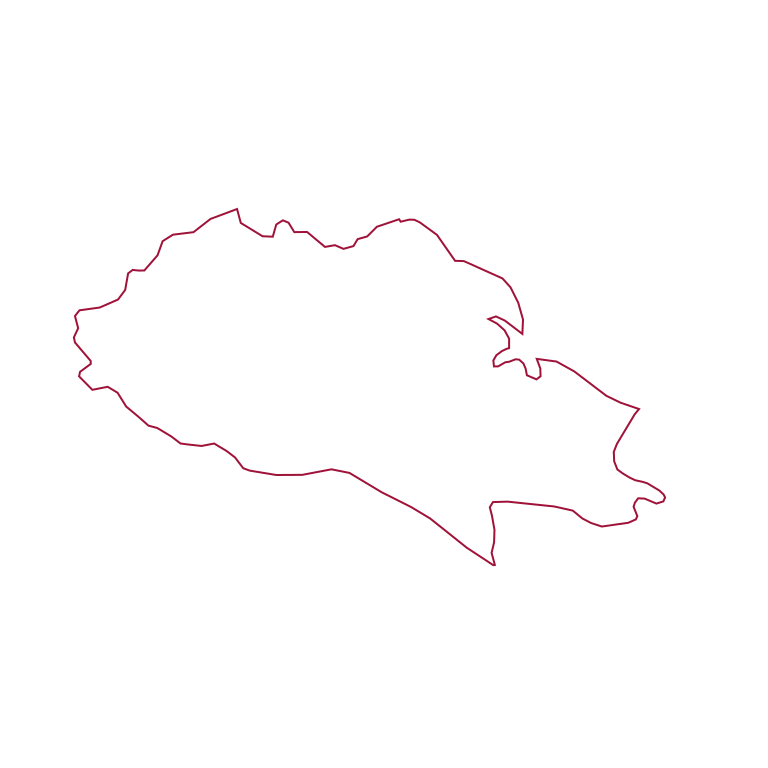 an SVG outline of Carmarthenshire, rotated 211°
{"feature_id": "GBR-2104", "entity_name": "Carmarthenshire", "entity_type": "Unitary Authority (wales)", "adm_level": 1, "iso_a3": "GBR", "parent_name": "United Kingdom", "parent_adm1": "", "projection": "natural_earth1", "projection_center": [-4.236, 51.894], "detail": "fine", "context": "isolated", "style": "outline", "palette": "rose", "viewbox_px": 768, "rotation_deg": 211, "n_neighbors": 0, "source": "natural_earth", "source_scale": "10m", "svg_char_len": 1935}
<svg xmlns="http://www.w3.org/2000/svg" viewBox="0 0 768 768"><g transform="rotate(211 384 384)"><path d="M455.9,533.0L453.3,531.7L447.0,537.9L442.6,540.4L436.5,541.0L415.4,539.1L386.5,526.2L378.8,530.5L336.8,535.5L325.3,532.0L310.8,522.8L298.0,510.8L291.2,498.2L313.2,500.6L322.8,499.6L327.9,493.5L318.1,494.0L308.3,492.1L300.1,487.3L295.2,479.1L296.8,477.6L299.9,472.9L302.5,466.6L302.4,460.5L298.8,455.7L295.3,457.8L291.2,465.1L288.2,467.5L283.9,473.0L280.6,474.5L275.1,473.4L270.6,470.2L266.0,465.1L255.7,466.5L253.8,471.3L258.0,477.8L266.0,484.2L247.7,492.1L227.4,492.8L187.2,488.4L171.6,489.8L152.5,493.9L152.6,493.2L153.5,487.2L153.5,475.6L153.5,462.9L153.5,452.7L152.1,444.2L146.9,436.3L139.9,430.9L132.8,430.3L125.2,430.3L119.1,430.9L112.0,433.3L107.2,434.5L100.2,434.5L93.1,434.5L87.4,433.3L84.6,431.5L84.1,427.2L88.9,421.8L101.6,420.0L107.3,416.9L107.8,411.5L106.8,407.3L98.8,401.2L98.4,397.6L103.1,390.9L123.9,374.0L134.8,371.5L144.7,370.9L157.0,372.7L175.0,366.7L217.5,346.8L229.8,338.9L229.8,332.8L223.7,326.8L214.2,315.9L208.1,305.0L204.8,294.7L195.8,286.0L197.0,285.0L228.8,286.3L275.2,292.5L297.3,292.5L314.7,291.2L330.1,290.0L348.5,290.0L367.8,290.0L385.1,283.8L407.3,264.0L429.5,250.5L454.5,240.6L461.3,239.3L473.8,244.3L484.4,245.5L498.9,245.5L508.5,236.9L522.0,230.7L527.8,228.2L539.4,229.5L546.1,229.5L555.8,229.5L564.4,227.0L577.9,229.5L593.4,231.9L607.9,239.3L619.4,239.3L631.0,228.8L649.3,233.5L650.8,237.9L645.7,250.2L647.3,252.7L670.2,260.4L673.8,264.2L674.9,274.3L683.9,283.1L683.0,290.3L667.1,303.1L655.5,319.4L654.3,331.3L660.3,347.0L658.2,352.3L652.3,355.1L647.9,357.9L644.4,377.7L647.3,392.4L641.8,403.3L625.5,416.0L617.7,436.2L600.1,458.3L589.7,448.3L564.2,448.1L555.2,453.0L558.5,465.2L555.0,472.2L548.9,473.1L539.1,468.0L529.2,474.1L528.1,474.7L505.2,471.1L497.6,477.7L488.3,479.0L481.2,486.5L481.2,494.6L474.4,501.8L471.1,515.1L455.9,533.0Z" fill="none" stroke="#9f1239" stroke-width="2"/></g></svg>